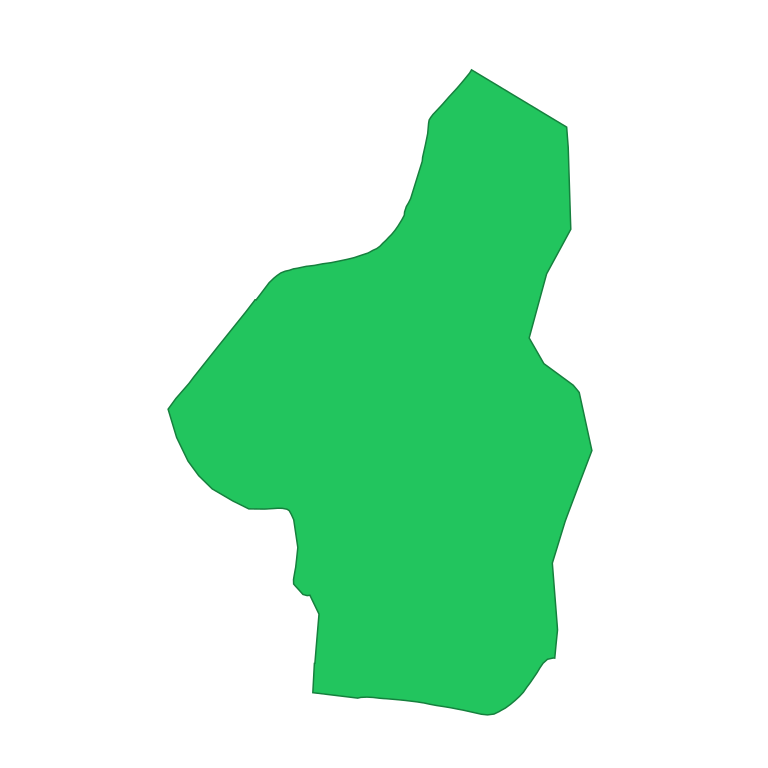 Al Humaydat, Al Jawf, Yemen (Natural Earth projection), rotated 275°
{"feature_id": "15242507B46663253000628", "entity_name": "Al Humaydat", "entity_type": "district", "adm_level": 2, "iso_a3": "YEM", "parent_name": "Yemen", "parent_adm1": "Al Jawf", "projection": "natural_earth1", "projection_center": [44.413, 16.467], "detail": "fine", "context": "isolated", "style": "filled", "palette": "green", "viewbox_px": 768, "rotation_deg": 275, "n_neighbors": 0, "source": "geoboundaries", "source_scale": "gbopen_adm2", "svg_char_len": 2231}
<svg xmlns="http://www.w3.org/2000/svg" viewBox="0 0 768 768"><g transform="rotate(275 384 384)"><path d="M704.6,443.8L704.2,443.6L703.9,443.5L701.4,442.3L693.3,436.8L685.1,431.0L675.8,423.8L668.0,418.1L661.2,412.8L656.8,409.3L653.6,407.3L651.0,406.0L647.8,405.7L637.3,405.7L625.9,404.4L613.2,402.7L609.2,402.7L592.3,399.0L571.1,394.4L566.5,392.6L562.8,390.8L557.2,389.5L553.9,389.5L549.2,387.5L542.6,384.2L538.1,381.6L533.6,378.5L530.5,375.9L527.4,373.5L524.2,370.6L520.9,368.0L518.2,364.9L516.2,361.3L513.1,356.7L510.2,349.9L507.3,343.3L506.3,340.4L504.9,336.2L502.9,329.6L500.2,320.5L498.4,312.4L496.1,304.4L494.6,297.2L494.5,296.5L493.1,291.9L491.8,287.7L490.8,283.7L489.0,279.7L487.8,275.8L485.7,271.6L482.8,268.1L479.8,265.0L475.0,260.8L456.8,249.4L456.7,249.4L456.7,248.2L455.6,247.6L450.3,244.2L444.3,240.4L408.1,216.2L374.1,193.7L367.6,189.7L351.4,177.9L340.1,171.1L312.6,182.1L290.1,195.5L276.5,207.4L264.5,222.0L254.2,243.8L247.8,260.2L249.0,275.9L249.4,278.8L249.7,280.6L250.2,284.1L251.0,289.1L251.3,293.5L250.8,298.3L249.6,300.6L245.9,303.1L242.7,304.9L240.9,305.9L213.6,312.4L201.9,312.2L193.8,312.0L189.7,311.6L184.0,311.1L181.3,310.9L177.0,311.4L176.9,311.4L175.1,313.2L173.2,315.3L167.3,321.6L166.5,325.9L167.1,328.7L165.9,329.3L149.6,339.0L149.1,339.3L118.1,339.4L117.5,339.4L117.0,339.4L99.7,339.5L99.6,339.0L70.3,340.0L68.8,385.2L69.8,388.3L70.6,394.3L70.8,400.5L70.6,406.8L70.6,411.2L70.7,413.9L70.7,420.7L70.7,427.0L70.6,433.1L70.4,439.0L70.2,444.9L69.8,450.2L69.8,451.1L69.0,457.3L68.3,464.3L67.8,472.2L67.3,478.7L66.6,485.2L66.0,491.2L65.1,497.9L64.3,503.9L63.5,509.8L63.4,515.9L63.5,516.4L64.8,522.4L67.9,527.6L68.1,527.9L68.5,528.3L71.7,533.1L76.0,538.0L80.1,542.1L84.5,546.1L85.0,546.5L89.1,549.7L94.4,552.7L99.2,555.7L104.9,558.9L109.9,561.7L114.7,564.0L119.7,566.8L124.0,570.8L124.4,572.0L125.8,576.5L125.8,578.0L140.2,578.1L154.1,578.3L158.6,577.6L220.2,567.3L262.8,576.4L269.1,578.1L300.9,587.0L335.8,596.9L345.4,593.9L392.6,579.2L395.8,576.1L399.3,572.6L418.2,541.5L442.5,524.6L472.6,530.0L507.9,536.4L540.3,550.5L554.4,556.6L567.6,555.0L635.7,546.9L646.0,545.2L652.1,544.2L654.0,543.9L655.0,543.7L655.8,543.6L656.2,542.8L704.6,443.8Z" fill="#22c55e" stroke="#15803d" stroke-width="1.5"/></g></svg>